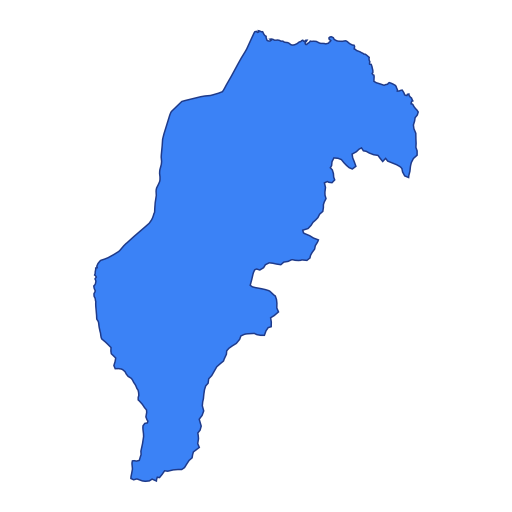 outline of Sigowet/Soin, Rift Valley, Kenya
{"feature_id": "3690345B8364842533504", "entity_name": "Sigowet/Soin", "entity_type": "district", "adm_level": 2, "iso_a3": "KEN", "parent_name": "Kenya", "parent_adm1": "Rift Valley", "projection": "mercator", "projection_center": [35.118, -0.326], "detail": "fine", "context": "isolated", "style": "filled", "palette": "blue", "viewbox_px": 512, "rotation_deg": 0, "n_neighbors": 0, "source": "geoboundaries", "source_scale": "gbopen_adm2", "svg_char_len": 5942}
<svg xmlns="http://www.w3.org/2000/svg" viewBox="0 0 512 512"><path d="M418.2,112.0L416.8,109.9L415.5,108.6L413.8,106.4L413.2,105.1L412.4,104.1L411.1,103.8L411.3,102.5L411.7,101.3L412.8,100.9L412.1,99.6L411.5,98.0L410.4,97.2L409.1,95.5L408.9,94.0L407.4,94.3L406.9,95.5L405.8,95.4L404.6,94.8L404.2,93.5L403.6,92.3L402.2,90.1L400.9,90.3L399.2,91.0L397.3,91.1L397.4,89.7L396.6,88.0L396.2,86.7L395.5,85.5L392.9,84.0L391.3,83.3L390.2,82.9L389.2,82.6L388.4,83.2L387.5,84.3L385.6,84.6L384.1,85.3L380.1,83.9L376.2,82.7L373.9,81.3L374.1,76.6L373.9,75.2L373.0,74.8L372.1,73.5L372.9,72.4L372.8,70.2L372.3,68.2L372.0,66.7L371.2,64.4L369.6,64.2L369.5,63.0L369.9,61.9L369.3,60.5L369.0,59.0L369.2,57.4L366.4,55.0L365.2,54.2L363.9,54.1L362.9,53.3L361.3,52.6L360.2,51.9L359.0,51.4L356.3,50.4L355.6,49.5L354.2,48.9L354.6,46.4L354.0,45.2L352.6,45.1L350.1,43.9L348.6,42.8L347.4,41.7L345.8,40.8L344.0,41.0L342.6,41.3L341.4,41.3L338.6,41.2L337.1,40.9L335.3,40.1L333.9,39.0L333.4,37.8L332.4,37.2L331.1,36.7L329.6,37.2L328.9,38.0L329.3,39.5L330.8,40.5L330.3,41.5L329.2,42.2L328.5,43.2L325.7,43.9L324.3,43.5L322.6,43.4L320.9,43.4L319.6,43.1L316.2,41.4L313.4,41.2L311.7,41.4L310.3,41.1L309.5,42.2L308.5,43.0L307.4,43.6L306.7,44.5L305.6,44.4L305.0,42.8L306.2,41.5L307.0,40.2L305.6,40.3L304.8,41.2L303.7,41.3L302.8,40.2L301.8,40.6L300.7,41.6L299.2,42.0L297.0,43.7L294.5,44.8L292.7,45.1L291.1,44.8L288.8,43.1L287.6,42.6L284.3,42.2L283.4,41.4L282.3,41.1L281.0,41.2L279.5,40.4L277.6,40.0L276.2,40.2L274.5,40.2L273.3,39.5L272.3,39.2L271.3,39.0L270.0,39.2L271.2,40.2L269.9,41.1L268.1,40.9L267.0,40.3L266.1,37.6L266.1,36.3L265.0,35.7L264.0,34.5L262.6,31.7L261.5,31.8L259.4,30.9L258.3,30.7L258.6,32.1L257.4,32.4L256.5,31.4L254.9,31.7L254.2,32.7L252.0,37.4L246.7,49.0L245.1,51.8L241.3,58.0L237.8,64.3L231.4,76.1L226.4,84.8L224.7,88.0L223.4,90.3L222.4,91.7L218.5,93.2L212.7,94.9L210.4,95.5L204.9,96.0L200.8,96.7L184.9,100.6L181.8,101.5L171.6,111.3L170.9,112.3L169.8,115.0L163.9,134.1L162.9,138.1L162.6,139.5L162.2,145.6L161.3,155.1L161.2,157.2L161.6,161.3L161.5,162.7L161.3,164.5L159.9,169.7L159.7,171.2L159.6,173.5L160.0,176.9L160.0,179.3L159.9,180.5L159.6,181.7L158.6,184.0L156.6,188.0L156.2,189.8L156.1,191.4L156.3,195.5L155.2,202.7L154.8,208.2L154.6,212.3L153.8,214.0L153.5,215.2L152.6,217.8L151.5,220.0L149.2,223.3L145.9,226.2L134.3,236.2L126.9,242.9L126.0,243.6L123.7,245.9L119.8,250.5L118.7,251.5L113.9,254.5L108.1,257.7L104.6,259.1L100.9,260.3L100.0,261.0L98.0,263.5L96.8,266.2L97.2,267.7L95.7,268.0L95.7,269.3L95.2,272.0L95.2,273.5L94.6,275.0L95.5,275.7L96.3,277.1L95.0,278.9L95.6,280.1L95.9,281.3L95.4,283.9L94.8,284.9L93.8,286.0L94.1,288.0L94.6,289.4L95.3,290.9L94.8,292.2L94.0,293.6L94.0,295.2L94.2,296.6L94.9,297.7L95.3,299.0L95.4,300.2L95.8,301.7L95.7,303.8L95.8,306.3L96.6,315.5L96.7,318.3L96.9,319.4L97.8,320.6L98.5,322.2L98.8,324.3L99.0,326.1L99.3,327.9L100.1,331.6L100.5,333.0L100.8,335.5L101.2,337.6L101.8,339.0L105.3,341.9L107.7,344.2L111.0,347.5L110.9,351.1L111.3,353.7L115.7,358.0L115.1,361.6L114.3,364.1L113.9,365.6L115.2,368.7L118.5,368.6L121.2,369.0L122.6,369.6L125.0,371.6L126.3,374.1L128.1,376.4L130.8,378.0L131.8,379.0L132.6,380.2L133.7,382.4L135.2,384.6L135.7,385.5L137.0,388.6L138.1,390.2L138.6,392.6L138.8,395.4L138.2,397.4L138.2,399.9L139.2,400.8L140.4,402.1L142.4,404.4L144.6,407.7L146.5,409.9L146.7,412.4L145.9,416.9L147.0,419.8L147.9,421.1L147.4,422.9L144.8,423.4L143.0,425.8L142.9,427.9L143.0,429.6L143.5,433.9L143.6,436.6L142.5,443.8L140.9,451.2L141.1,454.5L140.2,457.3L139.3,460.4L136.5,461.1L134.2,460.7L132.4,460.9L132.0,462.9L132.0,464.1L132.4,468.2L132.4,469.4L131.5,474.3L131.0,476.6L130.9,478.5L133.7,479.8L136.4,479.0L137.5,479.1L142.3,480.9L145.3,481.3L149.3,480.9L152.1,479.1L156.4,481.0L156.6,479.3L157.3,477.2L159.5,477.6L162.1,474.4L164.6,470.8L167.7,471.2L173.2,469.9L178.0,469.5L181.7,469.5L184.5,467.6L186.8,463.9L189.1,460.4L192.1,457.8L192.6,454.7L193.4,451.9L199.3,447.4L197.7,443.6L198.5,438.7L198.2,435.3L197.8,433.0L200.1,430.1L201.2,426.1L199.2,419.2L202.1,415.4L203.7,410.9L202.3,405.7L202.7,401.8L203.4,398.7L203.8,394.5L204.5,389.7L205.7,385.9L208.1,383.2L208.7,378.8L211.7,375.6L216.8,366.7L220.0,363.9L223.5,361.0L224.2,359.0L226.4,354.3L226.7,350.8L229.0,348.2L232.4,345.8L236.3,343.4L239.6,339.4L240.9,335.9L244.2,334.4L245.7,334.0L247.3,333.8L254.3,333.4L256.8,334.6L260.6,335.3L264.4,335.3L266.0,330.8L268.2,327.6L271.2,326.7L271.3,322.1L270.6,317.8L274.4,315.4L278.5,311.9L276.8,308.0L276.9,303.3L276.5,299.6L275.3,296.0L274.1,295.2L269.9,291.3L268.9,290.7L265.4,289.6L261.4,288.7L255.3,287.6L252.3,286.8L250.2,285.3L251.8,279.3L252.9,274.5L253.4,272.7L254.7,269.8L256.6,269.0L259.8,270.0L263.6,267.7L265.4,264.7L269.2,262.8L272.7,263.2L276.3,264.0L280.8,264.7L283.8,262.1L288.1,261.4L291.4,259.8L292.6,259.7L295.2,260.3L298.7,260.5L300.7,260.3L301.9,259.9L306.9,260.4L310.0,257.9L310.2,256.6L310.7,255.0L312.1,252.5L314.6,249.1L315.3,245.7L317.1,242.8L317.9,241.3L318.4,239.9L313.4,238.0L309.7,235.7L304.7,233.6L303.5,232.9L302.7,230.2L307.2,228.8L308.1,228.5L311.1,225.3L312.9,222.4L314.6,220.9L315.8,219.8L317.9,217.6L319.6,214.2L322.8,211.4L323.4,207.5L323.4,204.7L324.3,201.9L326.0,198.6L325.0,195.2L324.9,192.1L325.5,187.5L324.4,182.9L327.3,181.5L328.8,182.3L332.0,182.7L334.7,179.9L333.7,177.2L333.4,173.5L332.3,169.9L330.3,167.8L331.6,165.6L332.0,161.7L333.9,157.9L338.1,158.3L341.4,159.6L344.0,162.8L346.5,165.4L349.2,167.7L352.3,169.0L355.9,166.3L354.1,161.3L352.7,157.9L352.1,154.1L356.4,151.7L359.0,149.2L361.5,147.9L363.4,150.8L366.2,151.3L369.2,153.0L373.6,154.7L378.0,155.4L380.1,158.3L382.7,161.5L385.6,158.4L387.7,161.1L396.6,164.7L400.0,166.6L400.9,167.4L401.9,168.6L402.6,172.0L404.7,175.9L408.6,177.5L408.8,175.6L409.9,171.3L410.3,167.6L410.5,166.0L411.1,163.4L411.4,162.4L413.4,158.5L417.1,155.2L417.1,150.9L415.9,147.4L416.1,143.4L415.9,139.0L415.8,133.3L413.9,128.7L413.4,125.0L414.6,121.0L415.1,117.7L417.3,115.0L418.2,112.0Z" fill="#3b82f6" stroke="#1e3a8a" stroke-width="1.5"/></svg>